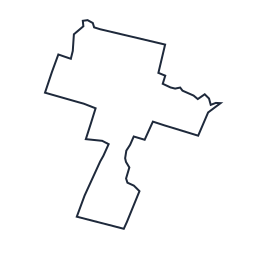 Picada Café, Rio Grande do Sul, Brazil (Equal Earth projection), rotated 99°
{"feature_id": "56859067B3523783610798", "entity_name": "Picada Café", "entity_type": "district", "adm_level": 2, "iso_a3": "BRA", "parent_name": "Brazil", "parent_adm1": "Rio Grande do Sul", "projection": "equal_earth", "projection_center": [-51.109, -29.454], "detail": "fine", "context": "isolated", "style": "outline", "palette": "slate", "viewbox_px": 256, "rotation_deg": 99, "n_neighbors": 0, "source": "geoboundaries", "source_scale": "gbopen_adm2", "svg_char_len": 841}
<svg xmlns="http://www.w3.org/2000/svg" viewBox="0 0 256 256"><g transform="rotate(99 128 128)"><path d="M29.2,189.4L34.5,188.0L43.9,196.1L60.5,194.6L68.6,195.3L66.3,208.3L84.6,211.9L106.1,215.5L107.0,208.1L110.2,181.6L110.9,175.5L113.6,163.1L129.4,165.4L145.6,167.9L144.7,151.5L147.0,144.6L159.4,148.0L165.3,150.2L201.5,160.3L223.6,164.7L228.2,116.4L221.0,114.4L188.6,106.8L184.0,113.2L182.1,120.0L178.2,122.0L166.8,120.5L161.8,124.7L158.3,126.1L150.6,126.1L144.3,123.3L135.5,121.0L137.0,109.7L121.7,105.5L117.8,104.4L119.7,92.5L123.0,68.8L124.6,57.5L100.1,51.3L89.0,40.5L89.5,45.2L92.2,49.9L86.2,52.6L82.7,57.5L88.5,63.6L85.7,68.3L82.6,80.0L79.9,82.8L81.7,87.6L81.3,92.3L78.9,100.6L70.5,99.4L68.8,106.6L62.2,106.1L39.8,104.4L34.8,171.1L33.9,177.2L29.8,179.2L27.8,184.8L29.2,189.4Z" fill="none" stroke="#1e293b" stroke-width="2"/></g></svg>